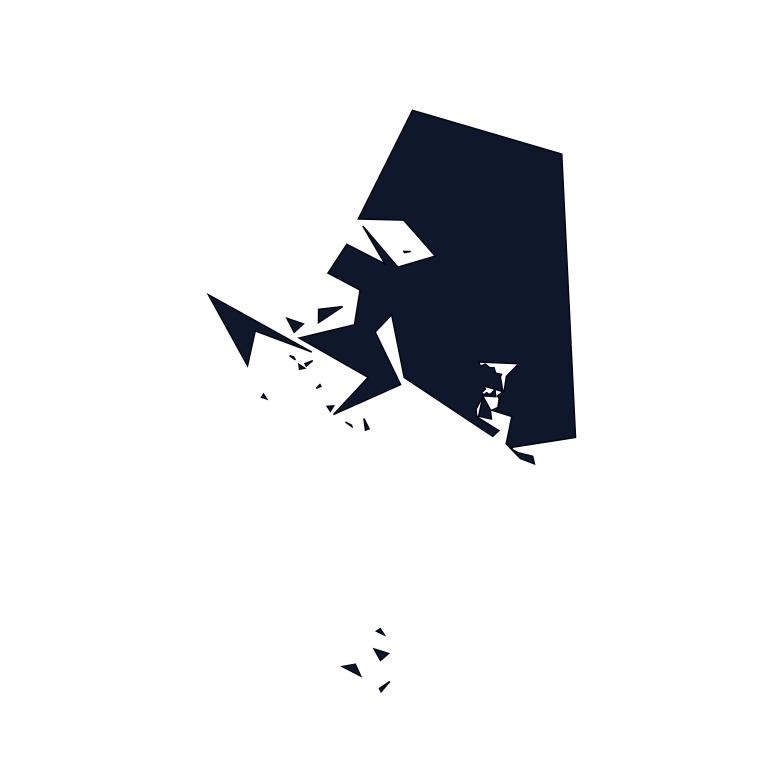 outline of San Lorenzo, Chiriquí, Panama, rotated 24°
{"feature_id": "35544464B69995284434654", "entity_name": "San Lorenzo", "entity_type": "district", "adm_level": 2, "iso_a3": "PAN", "parent_name": "Panama", "parent_adm1": "Chiriquí", "projection": "albers", "projection_center": [-82.13, 8.214], "detail": "medium", "context": "isolated", "style": "filled", "palette": "ink", "viewbox_px": 768, "rotation_deg": 24, "n_neighbors": 0, "source": "geoboundaries", "source_scale": "gbopen_adm2", "svg_char_len": 1783}
<svg xmlns="http://www.w3.org/2000/svg" viewBox="0 0 768 768"><g transform="rotate(24 384 384)"><path d="M580.7,354.9L452.9,101.7L298.7,122.4L293.4,243.7L335.3,226.3L378.8,246.3L349.1,271.6L300.4,248.3L336.1,273.9L293.2,271.5L287.7,305.5L323.9,307.9L332.9,341.9L287.8,376.5L366.8,384.4L350.3,432.4L399.4,377.8L354.8,340.1L362.8,317.6L399.8,369.8L504.6,387.6L507.9,379.9L485.2,376.7L481.4,375.2L478.4,369.6L479.2,354.6L491.2,350.1L487.7,344.1L485.2,350.4L483.8,350.6L481.2,350.2L480.2,352.6L477.4,353.1L476.8,351.8L478.6,347.5L476.5,345.1L495.7,342.6L487.3,330.0L487.5,327.4L481.4,328.6L477.9,324.3L474.1,326.1L468.4,324.6L465.9,327.5L464.2,327.8L462.7,326.6L462.1,325.2L498.8,310.7L492.7,327.2L496.6,341.4L492.5,348.8L495.2,350.5L497.6,359.1L493.2,364.1L514.0,361.7L520.0,389.0L538.9,396.6L553.9,395.8L549.2,389.6L534.7,392.2L528.0,391.7L526.5,389.9L580.7,354.9ZM305.1,384.2L187.3,373.9L251.9,422.8L244.8,387.9L305.1,384.2ZM314.7,330.1L293.9,342.4L299.2,354.6L314.7,330.1ZM491.6,364.2L479.4,355.0L483.5,374.9L496.4,372.3L491.6,364.2ZM285.9,361.9L268.6,363.5L280.9,373.3L285.9,361.9ZM471.7,651.7L460.8,659.1L481.5,660.3L471.7,651.7ZM497.8,628.3L482.7,630.1L493.2,638.0L497.8,628.3ZM388.6,431.0L379.7,423.7L385.8,433.7L388.6,431.0ZM506.5,666.3L510.3,653.5L503.7,663.9L506.5,666.3ZM486.3,613.1L480.1,609.0L477.7,612.9L486.3,613.1ZM282.9,445.4L278.1,442.2L277.5,445.8L282.9,445.4ZM305.1,401.8L298.3,400.7L300.8,404.9L305.1,401.8ZM309.4,391.6L303.5,397.5L305.7,399.2L309.4,391.6ZM346.1,430.7L346.9,424.5L341.2,427.5L346.1,430.7ZM349.3,255.6L354.5,252.1L348.2,254.8L349.3,255.6ZM293.2,398.0L290.3,396.0L286.2,396.5L293.2,398.0ZM324.0,415.5L327.3,411.8L325.7,410.6L324.0,415.5ZM371.2,434.9L364.2,434.4L372.0,436.0L371.2,434.9Z" fill="#0f172a" stroke="#020617" stroke-width="1.5"/></g></svg>